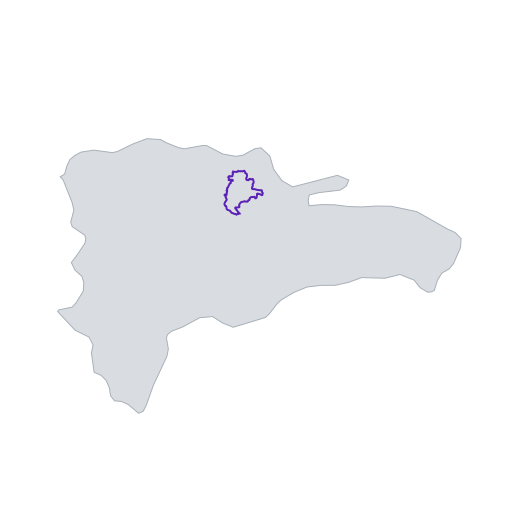 San Francisco de Macorís, Duarte, Dominican Republic (highlighted), rotated 350°
{"feature_id": "3306468B54253052941239", "entity_name": "San Francisco de Macorís", "entity_type": "district", "adm_level": 2, "iso_a3": "DOM", "parent_name": "Dominican Republic", "parent_adm1": "Duarte", "projection": "orthographic", "projection_center": [-70.214, 19.332], "detail": "fine", "context": "in_parent", "style": "outline", "palette": "violet", "viewbox_px": 512, "rotation_deg": 350, "n_neighbors": 0, "source": "geoboundaries", "source_scale": "gbopen_adm2", "svg_char_len": 6396}
<svg xmlns="http://www.w3.org/2000/svg" viewBox="0 0 512 512"><g transform="rotate(350 256 256)"><path d="M76.4,342.5L77.1,323.0L80.1,315.2L77.4,306.8L65.1,297.8L57.6,286.4L51.0,276.2L52.5,274.8L66.0,274.4L70.7,270.8L79.9,260.5L81.8,252.2L81.1,246.0L75.3,238.4L73.0,230.4L80.3,223.6L89.9,213.6L91.3,209.7L91.1,205.9L80.1,195.2L79.4,190.6L84.6,179.1L84.2,171.5L79.3,147.6L76.9,144.0L81.8,142.1L85.1,135.0L89.5,128.7L95.2,125.4L101.7,123.3L114.6,123.6L132.4,129.2L137.4,129.1L154.6,124.2L168.8,121.5L182.2,124.7L187.5,129.0L198.6,135.9L204.1,138.0L221.5,137.9L226.3,138.5L241.0,149.8L253.3,154.3L260.5,154.5L273.3,150.2L279.7,150.3L287.0,160.0L288.5,173.7L294.6,186.3L304.0,194.3L350.2,190.7L360.6,197.3L357.1,202.8L350.5,205.7L328.5,204.5L318.9,205.2L317.0,210.6L317.0,215.7L329.9,216.8L342.5,219.3L355.4,223.3L368.5,226.0L383.2,227.7L397.8,230.5L422.0,240.2L449.0,262.5L456.2,267.5L461.0,274.5L458.9,283.2L449.4,297.5L444.1,302.2L436.2,305.0L430.8,310.9L425.6,320.9L422.4,321.8L418.7,321.4L412.2,315.8L407.5,307.2L394.5,299.2L379.1,300.3L356.4,295.6L342.7,298.0L329.0,298.6L314.9,296.2L300.8,295.4L286.7,298.5L273.0,303.7L268.0,307.1L259.2,315.2L254.5,318.2L221.2,322.2L211.6,316.3L202.7,308.1L189.9,307.0L171.3,313.2L159.7,315.4L155.0,318.1L153.6,321.2L153.5,332.5L150.8,339.4L132.6,365.3L122.2,383.6L118.0,389.3L113.1,390.5L104.2,379.9L98.5,376.0L91.5,374.0L88.5,368.4L88.7,360.4L86.9,352.6L82.6,346.5L76.4,342.5Z" fill="#d9dde1" stroke="#a8b0b8" stroke-width="1"/><path d="M272.7,197.1L272.8,196.7L273.0,196.3L273.4,195.8L273.6,195.3L273.6,195.2L273.2,194.5L273.1,194.3L273.1,194.2L273.1,193.8L273.1,193.4L273.1,192.4L272.8,192.2L272.6,192.1L271.8,192.1L271.5,192.1L271.1,191.8L270.5,191.7L270.1,191.5L269.5,191.4L269.1,191.2L268.5,191.0L267.8,190.7L267.4,190.5L267.1,190.4L266.7,190.1L266.1,189.8L265.8,189.8L265.1,189.7L264.8,189.7L264.1,189.4L263.9,189.2L263.8,188.9L263.8,188.7L264.0,188.0L264.2,187.4L264.4,187.2L264.9,186.6L265.0,186.4L265.1,186.0L265.1,185.1L265.1,184.9L265.3,184.5L265.5,184.3L265.9,183.9L266.3,183.6L266.5,182.6L266.6,182.1L266.5,181.6L266.4,180.4L266.4,180.2L266.2,179.7L265.8,179.5L265.4,179.7L265.2,179.7L264.9,179.7L264.6,179.7L264.3,179.6L264.0,179.3L263.7,179.1L263.3,179.0L262.9,179.0L262.6,179.1L262.5,179.3L262.4,179.6L262.1,179.9L261.9,180.0L261.4,179.8L260.5,179.7L260.4,179.7L260.2,179.6L259.9,179.2L259.8,178.9L259.8,178.5L259.8,178.0L259.8,177.8L259.9,177.7L260.4,177.1L260.8,176.1L261.0,175.7L261.1,175.2L261.1,173.8L261.1,173.5L261.0,173.3L260.9,173.2L260.4,172.9L260.0,172.7L259.9,172.5L259.8,172.4L259.8,172.2L259.8,171.5L259.8,171.1L259.7,171.0L259.4,170.3L259.3,170.2L259.2,170.1L258.9,170.0L258.7,170.0L258.0,170.3L257.9,170.3L257.7,170.3L257.1,170.1L256.2,170.0L255.9,170.0L255.5,169.8L255.3,169.7L255.0,169.7L254.1,169.6L253.8,169.6L253.2,169.1L252.5,169.6L251.9,169.9L251.6,169.9L251.2,169.7L250.3,169.6L249.8,169.4L249.5,169.3L248.9,169.3L248.6,169.2L248.4,169.2L248.1,168.9L247.6,169.6L247.4,170.1L247.4,170.4L247.6,170.8L247.7,171.0L247.6,171.3L247.3,171.6L247.1,171.9L247.0,172.0L246.9,172.2L246.8,172.8L246.8,173.0L246.6,173.1L246.4,173.3L246.2,173.3L245.3,173.3L244.8,173.3L244.7,173.2L244.0,172.7L243.8,172.7L243.7,172.7L243.4,172.7L242.9,173.1L242.5,173.3L242.4,173.5L242.3,173.8L242.4,174.0L242.7,174.5L242.8,174.6L242.9,174.9L242.9,175.1L242.9,175.3L242.8,175.6L242.7,175.8L242.4,176.1L242.3,176.4L242.4,176.5L242.5,176.6L242.8,176.6L243.1,176.5L243.6,176.4L243.8,176.4L243.9,176.5L243.9,177.0L244.0,177.1L244.2,177.3L244.4,177.2L244.5,177.2L245.2,176.7L245.4,176.7L245.6,176.7L246.0,176.9L246.2,177.1L246.3,177.4L246.2,177.7L246.2,177.8L245.8,177.9L245.5,177.7L245.4,177.7L245.2,177.7L244.6,178.0L244.3,178.2L244.1,178.4L244.0,178.6L243.9,178.9L243.9,179.6L243.8,179.8L243.6,179.9L243.1,180.0L242.9,180.0L242.6,180.2L242.4,180.4L242.3,180.6L242.2,181.0L241.7,181.5L241.4,181.8L241.1,182.3L240.7,182.9L240.5,183.2L240.4,183.4L240.2,183.6L240.0,183.8L239.8,183.9L239.5,183.9L239.4,184.0L239.2,184.4L239.2,185.2L239.2,185.5L238.9,186.1L238.4,186.3L238.4,186.6L238.5,186.9L238.8,187.4L238.8,187.6L238.7,187.8L238.4,188.2L238.3,188.3L238.2,188.8L238.0,189.3L237.9,189.8L237.7,190.3L237.6,190.6L237.5,190.8L237.4,190.8L237.2,190.8L237.1,190.7L236.8,190.5L236.6,190.1L236.4,190.0L236.1,190.1L235.6,190.5L235.7,190.8L235.8,191.0L236.4,191.4L236.5,191.5L236.6,191.8L236.6,192.0L236.4,192.6L236.3,192.8L236.5,193.3L236.7,194.1L236.9,194.7L236.9,194.9L236.9,195.1L236.9,195.4L236.9,195.5L236.7,195.8L235.9,196.6L235.5,197.1L235.0,197.5L234.9,197.6L234.7,197.8L234.3,198.6L234.0,199.2L233.9,199.5L233.9,199.8L234.0,200.1L234.2,200.6L234.3,201.0L234.4,201.3L234.6,201.4L234.7,201.5L235.1,201.6L235.2,201.8L235.3,201.9L235.3,202.2L235.3,204.5L235.4,204.9L235.6,205.2L236.0,205.6L237.3,206.3L237.8,206.7L238.2,207.0L238.4,207.1L238.5,207.2L238.5,207.3L238.6,207.8L239.1,208.5L239.3,209.0L239.6,209.3L239.8,209.4L239.9,209.5L240.6,209.8L241.1,210.0L241.3,210.3L241.5,210.5L242.3,210.9L242.7,211.0L242.9,211.0L243.1,211.2L243.6,211.6L243.8,211.8L244.0,211.9L244.3,211.7L244.7,211.6L244.8,211.5L245.0,211.2L245.3,211.0L245.5,211.1L245.7,211.4L245.8,211.5L246.0,211.6L246.6,211.4L246.9,211.3L247.2,211.3L247.1,211.1L247.0,210.9L246.9,210.7L246.6,210.5L246.3,210.0L246.1,209.7L245.9,209.3L245.8,209.0L245.6,208.6L245.5,208.3L245.0,207.7L244.9,207.5L244.8,207.1L244.8,206.9L244.3,206.3L244.0,205.7L243.9,205.4L243.9,205.2L244.0,204.8L244.1,204.7L244.4,204.6L244.6,204.6L244.9,204.7L245.3,204.9L245.7,204.9L247.7,205.0L247.9,205.0L248.0,204.9L248.2,204.6L248.2,203.0L248.3,202.7L248.7,202.1L249.8,201.1L250.0,200.8L250.2,200.7L250.9,200.4L251.1,200.3L253.2,200.3L253.5,200.3L253.9,200.1L254.1,200.1L254.3,200.1L255.3,200.6L256.4,200.9L256.5,200.8L257.0,200.9L257.4,200.8L257.6,200.6L257.7,200.4L257.9,200.0L258.0,199.9L258.4,199.7L259.0,199.7L259.3,199.5L259.4,199.3L259.5,199.2L259.5,198.8L259.6,198.7L259.9,198.1L260.0,197.9L260.8,197.5L261.4,197.1L261.6,197.1L261.8,197.1L262.0,197.1L262.5,197.3L262.8,197.4L263.3,197.4L264.2,197.4L264.5,197.4L264.6,197.5L264.8,197.6L264.9,198.1L265.1,198.4L265.2,198.8L265.4,199.1L265.9,199.1L266.1,199.0L266.6,198.7L266.9,198.1L267.0,197.7L267.2,197.1L267.4,196.6L267.5,196.1L267.7,195.7L267.8,195.1L268.0,194.9L268.3,194.8L268.6,194.8L269.0,195.2L269.1,195.3L269.7,195.5L270.1,195.7L270.6,195.8L270.8,195.9L271.0,196.0L271.5,196.5L272.4,197.1L272.7,197.1Z" fill="none" stroke="#5b21b6" stroke-width="2"/></g></svg>